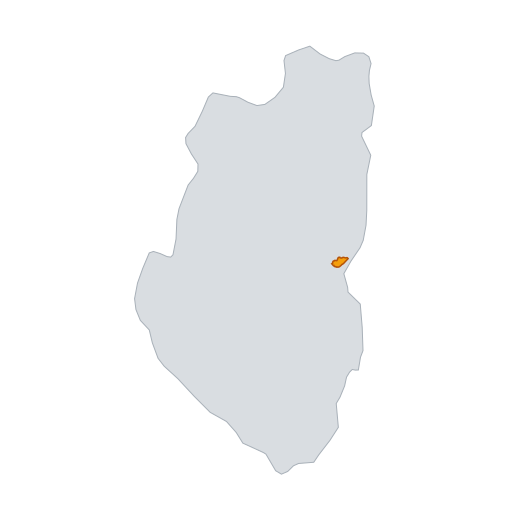 location of Bhur, Geylegphug, Bhutan, rotated 276°
{"feature_id": "84629894B14718080214922", "entity_name": "Bhur", "entity_type": "district", "adm_level": 2, "iso_a3": "BTN", "parent_name": "Bhutan", "parent_adm1": "Geylegphug", "projection": "mercator", "projection_center": [90.436, 26.926], "detail": "fine", "context": "in_parent", "style": "filled", "palette": "amber", "viewbox_px": 512, "rotation_deg": 276, "n_neighbors": 0, "source": "geoboundaries", "source_scale": "gbopen_adm2", "svg_char_len": 3326}
<svg xmlns="http://www.w3.org/2000/svg" viewBox="0 0 512 512"><g transform="rotate(276 256 256)"><path d="M412.4,219.7L411.7,223.0L408.1,231.8L405.7,241.2L407.7,249.0L415.8,258.3L426.7,265.6L440.6,266.2L453.3,263.4L458.4,264.5L465.4,276.9L470.3,287.6L463.6,298.6L459.9,308.2L458.6,315.0L459.4,318.0L463.6,323.5L468.3,333.0L469.0,341.7L466.0,347.4L459.4,350.3L452.4,349.4L446.6,349.5L439.4,350.5L428.1,353.7L417.5,357.9L397.8,357.1L389.9,348.5L386.2,348.5L368.2,359.6L348.6,357.7L313.0,361.4L298.1,362.2L282.8,361.0L275.1,358.6L260.7,350.9L247.6,345.2L234.4,350.4L229.7,351.3L219.1,364.7L196.0,369.1L173.1,372.3L166.3,370.5L153.3,369.7L152.9,366.6L153.2,363.6L150.3,361.2L145.0,358.7L136.0,357.7L124.4,354.3L117.7,351.2L94.2,355.8L80.4,348.8L64.8,339.2L56.9,335.0L54.1,320.0L51.3,315.2L45.1,310.1L41.7,304.1L44.5,298.0L60.0,286.6L61.3,283.9L68.5,262.5L78.4,254.8L88.3,244.0L95.7,226.8L110.1,209.1L125.9,191.0L136.8,176.2L144.0,169.3L158.8,162.0L171.3,157.6L179.9,147.7L190.2,142.2L200.9,139.7L216.7,141.0L231.6,144.6L247.9,149.5L249.8,153.5L248.4,160.5L246.1,167.6L246.0,171.3L248.5,173.3L264.5,174.7L284.1,173.5L295.0,174.5L319.5,181.1L326.7,185.7L334.1,189.3L341.4,188.7L350.7,181.1L360.4,174.6L366.5,173.6L370.8,175.7L378.6,181.8L394.7,187.6L409.1,192.0L413.7,196.1L412.1,213.8L412.4,219.7Z" fill="#d9dde1" stroke="#a8b0b8" stroke-width="1"/><path d="M259.9,334.8L259.8,334.7L259.7,334.6L259.5,334.4L259.3,334.3L259.3,334.2L259.2,334.2L259.1,333.9L259.1,333.7L259.0,333.4L258.9,333.3L258.7,333.2L258.4,333.1L258.2,333.1L258.0,332.9L257.9,332.9L257.7,332.9L257.4,332.8L257.2,332.9L256.9,332.9L256.8,333.0L256.7,333.0L256.6,332.9L256.4,332.7L256.3,332.4L256.2,332.2L256.1,332.3L255.9,332.5L255.7,332.6L255.6,332.8L255.4,333.0L255.2,333.3L254.9,333.5L254.7,333.7L254.7,333.8L254.5,334.0L254.4,334.1L254.5,334.3L254.4,334.3L254.3,334.5L254.2,334.6L254.1,334.9L254.1,335.0L253.9,335.3L253.7,335.4L253.7,335.5L253.8,335.6L253.8,335.8L253.8,336.0L253.7,336.3L253.5,336.5L253.5,336.8L253.4,337.0L253.5,337.1L253.4,337.2L253.4,337.3L253.4,337.6L253.5,337.7L253.5,337.8L253.4,338.0L253.5,338.2L253.5,338.3L253.6,338.6L253.6,338.8L253.6,339.0L253.6,339.3L253.7,339.5L253.8,339.7L253.9,339.8L254.0,340.0L254.2,340.3L254.4,340.5L254.5,340.6L254.8,340.8L255.0,341.0L255.3,341.3L255.4,341.5L255.5,341.6L255.8,341.8L256.1,342.0L256.3,342.2L256.5,342.2L256.6,342.3L256.7,342.5L256.8,342.9L256.9,343.0L257.1,343.2L257.3,343.3L257.4,343.5L257.5,343.6L257.6,343.8L259.5,345.2L263.0,347.9L263.3,347.6L263.5,347.4L263.7,347.2L263.8,347.1L263.9,346.7L263.8,346.2L263.6,345.8L263.5,345.5L263.5,345.2L263.5,344.9L263.6,344.6L263.7,344.2L263.7,343.7L263.8,343.2L263.8,342.7L263.7,342.6L263.6,342.4L263.4,342.2L263.2,341.9L263.1,341.7L262.9,341.4L262.9,341.2L263.0,341.1L262.9,340.9L262.9,340.7L262.9,340.4L262.9,340.2L263.0,340.0L263.0,339.9L263.2,339.7L263.3,339.6L263.4,339.4L263.5,339.4L263.5,339.2L263.5,338.9L263.4,338.8L263.4,338.7L263.3,338.4L263.2,338.3L263.2,338.2L262.9,338.0L262.8,337.9L262.7,337.8L262.6,337.7L262.4,337.7L262.2,337.7L261.9,337.6L261.7,337.5L261.4,337.4L261.2,337.4L260.9,337.4L260.7,337.3L260.7,337.2L260.4,337.1L260.2,337.0L260.0,336.9L259.9,336.9L259.8,336.7L259.8,336.4L259.8,336.2L259.8,335.9L259.9,335.7L259.9,335.4L259.9,335.2L259.9,334.9L259.9,334.8Z" fill="#f59e0b" stroke="#b45309" stroke-width="1.5"/></g></svg>